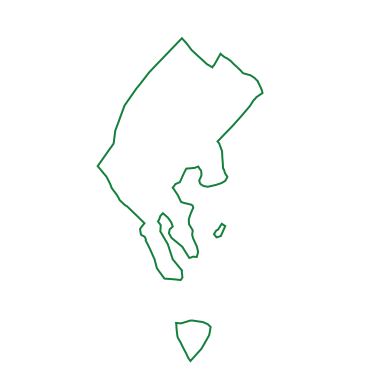 Al Qanawis, Al Hudaydah, Yemen (orthographic projection), rotated 312°
{"feature_id": "15242507B48405542462206", "entity_name": "Al Qanawis", "entity_type": "district", "adm_level": 2, "iso_a3": "YEM", "parent_name": "Yemen", "parent_adm1": "Al Hudaydah", "projection": "orthographic", "projection_center": [43.073, 15.421], "detail": "fine", "context": "isolated", "style": "outline", "palette": "green", "viewbox_px": 384, "rotation_deg": 312, "n_neighbors": 0, "source": "geoboundaries", "source_scale": "gbopen_adm2", "svg_char_len": 3787}
<svg xmlns="http://www.w3.org/2000/svg" viewBox="0 0 384 384"><g transform="rotate(312 192 192)"><path d="M299.5,81.6L281.5,81.0L280.6,81.0L260.4,80.3L252.1,80.1L236.1,81.3L233.6,81.4L232.1,81.4L231.2,81.5L211.1,84.0L203.7,87.0L203.1,87.2L196.2,90.0L195.0,90.5L186.3,93.9L176.5,100.7L175.5,101.3L175.1,101.4L173.4,101.6L172.8,101.7L171.1,101.9L168.7,102.1L148.1,104.6L146.6,115.0L146.2,118.0L144.4,122.9L144.2,123.4L142.9,126.5L142.4,127.4L141.5,129.0L141.0,130.8L140.9,131.3L140.4,133.4L140.3,134.4L139.9,136.4L139.5,138.2L139.4,138.6L138.7,140.9L137.6,143.5L137.5,147.0L137.4,150.2L137.4,151.1L137.9,153.3L137.4,168.7L137.0,177.6L134.4,177.7L134.1,177.7L132.6,177.8L130.4,178.0L129.7,178.2L126.9,181.6L126.4,182.5L126.1,183.3L126.8,185.2L126.9,185.9L126.9,187.4L126.1,189.0L125.9,189.4L125.8,189.5L125.5,189.7L125.0,190.0L121.9,198.0L121.2,199.6L119.8,202.8L118.3,206.1L117.5,207.9L117.2,208.8L111.9,216.8L111.2,219.8L109.2,229.5L110.7,231.4L113.0,234.3L113.4,234.8L113.5,235.0L115.8,238.0L119.0,242.5L119.6,242.4L120.1,242.4L122.0,242.1L123.6,240.4L126.1,237.5L126.7,237.3L126.9,237.2L129.1,222.7L137.1,208.8L138.0,205.8L140.0,199.6L140.3,198.7L141.5,194.8L142.1,194.4L145.4,191.8L146.4,191.0L146.7,189.9L147.0,188.0L147.1,187.7L147.3,186.9L147.4,186.4L149.6,186.0L153.0,184.5L156.7,184.6L156.7,185.8L156.8,186.8L156.8,191.2L156.8,191.3L155.6,196.6L155.6,196.8L153.4,200.8L150.8,200.6L150.5,200.5L149.3,200.4L145.9,202.5L144.2,207.5L144.8,221.1L144.8,221.5L143.9,224.5L141.2,234.1L142.7,235.1L144.7,236.1L146.9,239.0L150.0,237.5L150.6,237.2L151.4,236.8L151.7,236.4L152.7,235.0L154.7,232.2L158.3,223.8L159.1,222.6L160.3,220.7L163.9,218.3L165.0,214.9L166.1,211.3L167.1,210.3L167.7,209.7L169.7,207.8L174.1,205.9L175.0,205.5L175.3,205.4L175.8,205.2L180.4,203.7L181.1,203.5L181.9,202.2L182.3,201.5L182.0,199.6L181.6,199.0L178.7,193.7L178.2,192.7L177.3,190.4L179.0,186.4L180.3,183.2L181.3,179.2L182.3,175.0L182.3,174.8L185.2,174.6L186.9,174.4L191.1,176.4L191.7,176.2L192.5,176.0L194.9,175.2L197.2,174.5L197.7,174.3L198.1,174.2L199.7,173.7L200.6,173.4L201.0,173.3L201.7,173.1L204.0,172.5L205.5,172.1L207.4,173.8L207.6,174.1L211.8,177.9L215.1,179.6L214.9,180.3L214.4,181.8L213.9,184.6L213.1,185.5L211.5,187.1L210.6,187.9L209.0,188.5L206.8,189.2L205.3,189.7L204.0,191.9L203.7,192.4L203.7,194.2L204.3,196.8L206.5,200.3L213.5,205.2L218.5,208.0L222.3,209.2L226.2,208.5L227.1,207.9L227.2,207.2L227.4,206.4L227.4,206.1L228.1,204.0L229.0,202.3L229.4,201.8L229.6,201.4L230.1,200.7L230.2,199.4L231.2,198.4L234.1,195.5L238.0,191.4L242.5,187.0L243.3,185.4L246.3,179.7L246.7,177.1L248.3,177.2L253.8,177.4L254.9,177.4L262.2,177.7L267.6,177.9L280.2,177.9L295.1,177.5L298.2,176.9L302.4,176.3L302.8,176.6L305.5,176.4L310.9,177.7L312.7,178.2L314.3,175.9L315.6,173.2L316.5,171.1L316.9,170.1L317.7,167.8L318.3,167.0L318.6,162.1L318.0,158.2L317.9,157.4L314.4,150.4L314.7,148.0L314.9,145.7L315.0,141.7L315.0,137.4L315.3,133.0L314.7,128.2L314.6,127.9L314.0,126.0L313.9,124.4L313.8,123.3L313.8,122.2L313.8,120.7L308.8,121.8L300.8,123.6L299.9,123.4L298.2,123.7L297.7,120.7L297.0,117.7L297.0,116.2L297.1,110.8L297.1,104.4L297.2,98.4L297.2,97.0L297.3,96.4L297.6,94.8L298.8,88.7L299.5,81.6ZM65.4,303.9L66.7,303.9L71.9,303.9L74.2,303.9L81.8,303.9L89.3,302.3L97.0,300.6L100.5,298.5L104.2,296.1L104.3,292.1L104.0,291.3L103.0,288.2L102.9,287.7L102.6,287.1L102.4,286.7L100.6,284.1L96.7,278.2L95.0,276.5L94.7,276.4L87.1,271.8L84.0,267.8L83.1,268.9L82.1,270.0L80.8,271.2L80.2,271.9L80.0,272.1L79.0,273.2L77.7,274.6L75.2,277.5L74.9,277.9L74.5,278.6L74.3,278.9L73.1,282.5L72.7,283.8L71.0,287.9L70.6,289.0L69.1,293.0L68.2,295.6L66.8,298.8L66.1,300.5L65.4,303.9ZM188.3,235.4L181.4,236.5L179.6,235.8L175.4,236.5L174.7,240.6L178.5,242.9L188.9,239.5L188.5,237.0L188.3,235.4Z" fill="none" stroke="#15803d" stroke-width="2"/></g></svg>